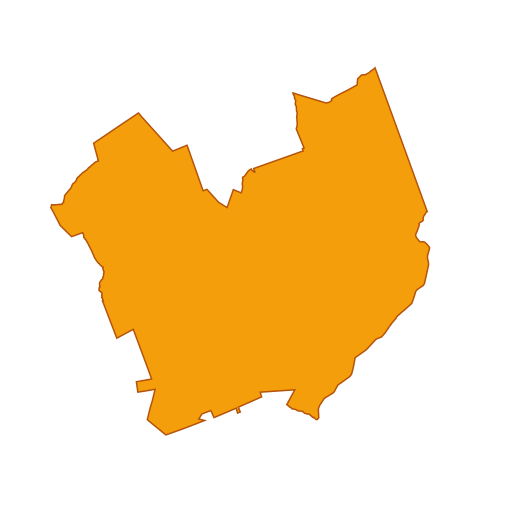 outline of Juárez, Chihuahua, Mexico, rotated 70°
{"feature_id": "50627088B5477759296036", "entity_name": "Juárez", "entity_type": "district", "adm_level": 2, "iso_a3": "MEX", "parent_name": "Mexico", "parent_adm1": "Chihuahua", "projection": "albers", "projection_center": [-106.665, 31.452], "detail": "fine", "context": "isolated", "style": "filled", "palette": "amber", "viewbox_px": 512, "rotation_deg": 70, "n_neighbors": 0, "source": "geoboundaries", "source_scale": "gbopen_adm2", "svg_char_len": 6010}
<svg xmlns="http://www.w3.org/2000/svg" viewBox="0 0 512 512"><g transform="rotate(70 256 256)"><path d="M429.4,252.3L424.1,250.7L421.3,249.8L420.0,248.9L418.2,247.3L414.7,242.7L413.3,240.6L413.0,239.9L411.0,230.1L410.1,228.6L405.9,224.0L405.3,223.2L405.1,222.6L401.6,209.9L401.1,208.7L400.4,207.5L399.3,206.3L393.7,202.5L385.8,197.8L385.3,197.2L382.1,185.5L381.6,184.0L380.9,182.6L375.4,172.0L375.2,171.5L375.0,166.2L375.0,165.7L374.9,165.4L374.1,164.1L372.6,161.3L368.8,156.0L367.4,154.1L366.6,152.7L365.2,150.7L363.5,147.7L362.7,146.0L362.1,145.4L361.6,145.0L360.9,143.9L359.1,139.4L356.1,131.4L353.9,126.1L353.5,125.5L347.9,121.0L344.7,118.6L343.6,117.6L342.7,116.0L342.1,113.8L342.0,113.3L341.0,109.2L340.6,108.5L339.4,107.1L337.3,105.7L328.3,100.0L323.4,96.9L321.7,96.3L317.4,95.7L315.9,95.4L314.5,94.8L308.0,90.2L307.5,90.0L305.6,90.5L304.8,90.9L304.0,91.1L301.8,92.1L301.0,92.6L300.3,93.1L299.8,93.9L299.1,96.4L298.5,97.1L297.9,97.5L296.2,98.1L293.4,98.9L292.4,99.0L291.5,99.0L290.5,98.6L289.9,98.2L289.3,97.6L288.0,96.4L287.5,95.8L286.7,95.2L284.8,93.6L284.2,93.3L282.9,92.0L282.6,91.9L281.6,91.9L281.3,91.7L280.9,91.0L280.5,89.9L280.3,88.0L280.1,87.5L279.5,86.7L279.1,86.4L277.7,86.1L277.3,85.9L275.7,84.5L275.1,83.7L274.8,83.1L273.0,81.1L272.9,80.7L272.9,79.9L210.3,79.8L119.9,79.8L120.3,80.4L120.3,80.8L120.7,81.6L121.4,84.6L121.8,85.7L122.6,87.4L122.6,89.0L123.0,90.4L123.1,90.8L122.0,94.8L124.2,99.8L126.4,100.9L127.7,101.6L129.5,102.2L129.8,102.4L130.9,109.3L131.9,116.5L132.6,122.5L133.3,127.0L134.0,130.8L134.1,131.0L134.4,131.2L134.5,131.4L134.8,131.4L135.3,131.4L135.6,131.5L135.7,132.0L135.9,132.3L136.0,132.5L136.3,133.2L136.5,134.5L136.5,135.2L136.3,136.9L136.2,137.8L118.2,161.9L116.3,164.2L115.9,164.9L115.4,165.5L116.3,165.7L117.0,165.6L117.6,165.4L118.0,165.5L118.5,165.3L119.1,165.3L119.8,165.5L120.8,165.9L121.0,165.9L121.9,165.7L122.1,165.7L122.9,165.4L123.2,165.4L123.7,165.6L124.2,166.0L125.4,166.4L126.2,167.0L126.6,167.1L127.0,167.1L127.6,167.3L128.0,167.3L128.7,166.9L129.1,166.9L130.0,167.2L130.1,167.3L130.9,167.5L131.2,167.6L131.5,167.6L132.0,167.8L133.0,168.2L134.0,168.3L134.6,168.1L136.7,168.9L137.6,169.4L138.2,169.6L139.6,170.4L139.9,170.5L141.4,170.7L142.3,171.0L143.0,171.3L143.4,171.4L143.9,171.4L145.0,171.7L145.9,172.2L146.4,172.2L146.8,172.5L148.0,173.0L149.0,173.8L150.3,174.7L171.0,173.9L171.0,175.7L173.4,175.7L173.0,228.3L176.7,228.3L176.7,228.8L176.3,229.1L175.2,229.3L174.8,230.2L174.5,230.5L173.3,230.5L173.0,230.7L172.6,230.7L172.9,232.7L173.8,234.8L176.7,238.9L177.5,240.8L177.4,241.3L177.5,241.6L178.0,241.9L178.1,242.0L178.4,242.0L178.9,242.2L179.6,242.1L180.3,242.5L181.3,242.9L182.3,243.7L184.0,244.3L184.2,244.5L185.2,244.6L185.7,244.5L186.3,245.0L187.2,245.4L187.5,245.4L187.9,245.7L188.5,245.9L189.2,246.4L190.0,247.1L191.0,247.8L191.2,248.0L191.3,248.0L191.6,248.3L185.9,254.6L200.6,266.6L193.0,272.6L192.0,273.1L176.6,279.3L176.6,283.4L128.3,282.9L129.0,298.5L86.1,315.8L81.4,317.5L87.0,340.1L94.5,370.0L112.8,371.6L112.7,372.7L112.7,374.1L112.8,374.6L113.3,376.2L113.6,377.3L114.2,378.1L114.4,379.1L115.0,380.7L115.7,382.0L115.8,382.3L115.7,382.5L115.7,382.8L116.1,383.6L116.8,384.6L117.4,385.9L117.6,387.2L118.3,389.4L118.3,390.2L119.5,392.4L119.7,393.3L119.9,393.6L120.3,394.5L120.8,395.4L120.8,395.6L121.0,396.0L121.0,396.4L121.4,397.1L121.8,397.6L121.9,397.9L122.0,398.0L122.3,398.0L122.6,398.2L124.2,400.0L125.1,401.8L125.3,402.4L125.3,403.0L125.6,403.5L127.0,405.1L127.9,405.7L128.6,406.4L129.4,407.7L130.8,410.3L131.3,411.0L131.6,411.5L132.1,412.4L132.4,413.1L133.3,414.2L133.5,414.8L133.7,415.3L134.0,415.3L134.4,415.4L135.0,415.6L135.4,416.0L135.6,416.1L137.0,416.8L137.9,417.6L139.3,418.3L140.1,418.6L140.0,419.1L140.3,420.1L140.6,420.5L141.0,420.5L141.0,421.2L140.7,422.2L140.5,422.8L140.2,423.0L139.9,424.4L139.7,425.5L139.7,425.8L139.0,427.7L139.2,428.1L138.5,429.1L137.9,430.4L140.4,432.2L143.9,431.6L160.5,429.5L174.7,422.7L174.8,410.8L175.7,410.9L177.4,410.7L178.3,411.1L179.2,411.4L179.6,411.4L180.2,411.3L180.8,410.9L181.1,410.8L182.0,410.8L182.7,410.5L182.9,410.2L183.2,410.1L184.7,410.1L186.9,409.6L187.8,409.5L189.7,409.4L191.1,409.1L193.1,409.0L194.1,408.7L197.3,408.6L199.9,408.4L200.5,408.3L201.3,408.4L201.7,408.4L206.3,407.4L207.2,407.0L208.8,406.6L209.0,406.5L209.4,406.1L210.4,405.7L211.1,405.5L211.9,405.0L212.5,404.8L213.0,404.4L213.5,404.2L214.1,403.4L214.4,403.6L214.5,403.6L214.7,403.8L215.1,404.1L215.3,404.3L215.8,404.2L216.1,404.3L216.3,404.3L216.5,404.4L217.4,404.2L217.9,404.4L218.9,404.1L219.2,404.2L219.9,404.9L220.0,405.0L220.3,405.0L220.5,405.2L221.5,405.7L221.8,405.7L222.5,406.1L223.1,406.7L224.1,407.4L224.8,407.8L225.2,408.3L225.3,408.7L225.5,408.8L225.6,409.1L225.6,409.6L226.4,410.5L226.8,410.9L226.9,411.3L227.4,411.8L228.1,412.2L228.5,412.5L228.9,412.7L230.2,412.9L230.5,412.9L231.0,413.2L231.1,413.3L231.7,413.1L231.8,413.2L231.9,413.3L231.9,413.6L232.0,413.8L232.0,414.0L232.6,414.5L233.1,414.5L234.2,415.2L234.8,415.2L235.2,415.1L235.8,414.6L236.0,414.6L236.4,414.2L236.9,414.1L237.2,413.6L237.5,413.5L238.1,413.6L238.5,413.5L239.0,413.7L239.7,414.1L239.8,414.4L240.8,414.6L241.0,414.6L241.1,414.4L241.8,414.6L242.3,415.2L242.9,415.1L243.2,414.9L243.4,414.8L243.8,414.6L244.6,414.9L245.4,414.9L245.7,414.9L245.6,415.1L245.6,415.6L285.6,414.9L282.9,396.4L327.1,396.1L335.9,396.2L333.2,411.4L343.5,413.6L345.3,404.6L346.7,396.4L356.5,402.9L362.0,407.0L372.5,414.1L376.8,411.7L393.3,401.9L393.4,381.5L393.0,360.5L391.1,363.3L389.8,365.5L387.7,363.1L385.9,360.8L385.8,351.3L393.5,350.7L392.2,326.7L397.3,327.0L397.2,324.1L392.0,324.3L390.3,298.9L385.4,298.6L395.0,265.3L406.2,277.9L408.4,276.4L409.0,276.3L409.8,275.7L410.2,275.3L410.9,274.8L411.9,274.5L413.0,272.3L413.7,271.4L414.6,270.6L415.3,270.1L416.3,268.8L417.1,267.1L417.6,265.5L418.9,265.0L419.7,264.5L420.4,264.0L421.1,263.2L422.1,261.7L422.6,260.3L426.0,258.4L427.5,257.4L427.3,257.1L427.3,256.9L428.4,256.4L428.5,256.2L430.0,255.6L430.6,254.9L430.5,254.0L429.4,252.3Z" fill="#f59e0b" stroke="#b45309" stroke-width="1.5"/></g></svg>